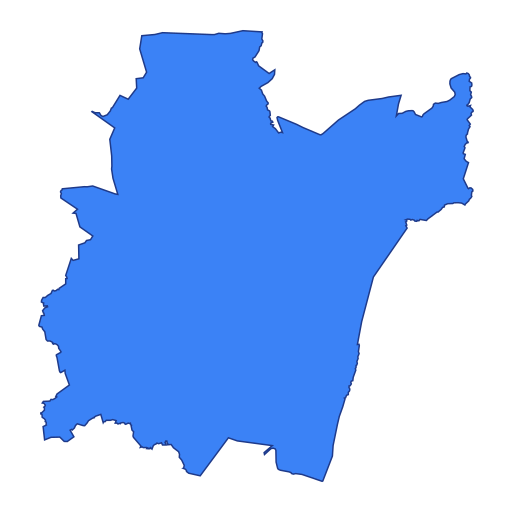 Xichú, Guanajuato, Mexico
{"feature_id": "50627088B76027952384475", "entity_name": "Xichú", "entity_type": "district", "adm_level": 2, "iso_a3": "MEX", "parent_name": "Mexico", "parent_adm1": "Guanajuato", "projection": "robinson", "projection_center": [-99.986, 21.356], "detail": "fine", "context": "isolated", "style": "filled", "palette": "blue", "viewbox_px": 512, "rotation_deg": 0, "n_neighbors": 0, "source": "geoboundaries", "source_scale": "gbopen_adm2", "svg_char_len": 5909}
<svg xmlns="http://www.w3.org/2000/svg" viewBox="0 0 512 512"><path d="M466.8,73.0L465.9,73.9L463.1,73.6L459.2,74.6L451.2,78.7L450.6,79.5L450.0,81.1L449.9,83.9L451.1,88.0L454.7,92.1L455.2,94.5L454.3,96.6L449.8,100.1L447.0,101.5L441.3,102.5L438.3,103.4L435.3,103.1L434.5,103.6L433.5,104.3L433.2,106.2L431.9,108.1L424.0,113.8L423.0,114.9L422.3,116.6L421.5,116.9L415.5,114.5L414.1,111.8L413.1,110.8L412.1,110.6L408.3,110.8L405.8,111.4L402.2,113.3L398.6,113.5L396.3,116.0L398.5,103.9L401.1,95.3L388.5,97.0L382.1,98.5L368.2,100.3L364.6,101.4L359.5,105.1L355.3,108.8L338.5,120.0L323.0,133.6L321.0,134.8L320.1,134.8L302.9,127.5L296.7,124.4L278.5,116.8L277.7,116.8L277.0,117.6L277.7,120.5L282.5,132.6L281.0,132.2L278.6,132.9L275.4,128.7L272.6,126.6L273.6,125.0L270.7,124.4L270.6,123.6L271.0,122.9L272.8,122.2L272.4,121.2L270.8,120.8L270.1,118.1L269.1,117.2L269.2,116.5L270.3,115.4L269.9,111.7L269.5,110.9L267.5,109.8L267.1,107.4L266.2,106.2L266.5,105.2L268.0,104.0L268.2,103.0L266.6,101.0L264.6,96.2L262.7,93.9L261.4,90.1L259.2,88.2L261.1,86.4L267.9,82.6L272.2,78.7L274.5,74.4L274.8,69.8L269.1,73.5L258.6,65.8L257.0,62.2L256.3,61.8L255.6,62.4L253.6,61.0L252.6,59.7L253.0,58.1L255.0,57.0L259.0,50.7L259.7,46.9L261.2,45.7L261.8,43.0L262.7,42.4L262.9,40.9L261.8,39.0L262.5,33.7L261.9,32.7L262.1,31.9L242.9,30.7L230.4,33.4L225.2,33.8L218.8,33.3L214.4,34.6L211.6,34.6L162.5,32.7L154.9,34.5L141.8,35.7L139.7,48.9L146.6,72.2L143.2,77.8L136.2,78.7L136.7,88.1L128.2,99.2L120.0,95.4L112.4,107.7L111.4,108.1L110.3,111.0L107.2,114.8L102.9,116.5L100.9,115.4L99.4,112.8L95.0,112.7L92.2,111.4L91.9,111.7L114.7,127.9L109.8,139.3L111.7,156.0L111.9,166.1L111.6,169.0L113.0,178.3L117.8,194.4L115.1,193.9L92.7,186.0L87.1,186.8L84.3,186.7L62.3,188.8L62.0,190.0L61.1,190.5L60.5,191.9L61.4,193.6L60.7,195.8L60.9,198.0L77.5,209.2L73.1,213.1L76.0,213.4L79.9,226.9L92.8,236.0L90.5,239.7L86.5,240.5L84.9,242.8L78.6,245.0L78.9,258.8L73.1,260.4L71.3,258.4L65.7,275.5L66.8,277.1L67.1,278.5L65.7,278.7L65.7,283.9L59.2,288.3L58.8,289.6L57.6,289.3L56.1,290.6L54.3,291.0L53.2,290.2L52.4,290.4L51.0,293.5L47.7,295.4L45.3,297.5L43.1,297.5L41.6,300.2L41.4,302.0L43.7,303.1L43.4,303.6L43.8,306.1L47.3,305.8L47.6,306.8L44.8,307.9L42.6,310.7L43.4,312.9L43.8,313.1L44.3,315.4L41.4,315.7L38.8,325.3L39.4,326.4L42.0,327.1L42.6,329.0L44.8,331.8L46.1,339.5L47.5,341.0L50.0,341.0L51.6,341.8L52.8,342.7L52.6,343.6L53.7,344.2L54.3,343.7L55.7,343.9L57.3,344.8L58.5,346.3L58.7,348.3L61.0,351.7L60.7,352.4L56.4,354.8L56.3,355.7L57.0,357.5L59.4,370.7L59.9,372.0L60.7,372.6L64.9,370.2L65.2,373.4L69.4,385.0L57.0,394.0L55.9,396.3L56.4,396.3L56.8,396.9L54.9,398.5L52.8,399.6L51.0,399.4L49.8,401.1L43.4,401.4L42.3,403.0L43.9,403.3L45.3,405.1L45.1,405.9L43.8,407.2L44.4,407.7L44.4,410.2L41.5,412.9L40.9,412.9L40.8,413.9L41.7,414.1L42.0,414.6L42.2,417.3L44.3,418.7L45.5,420.2L45.2,421.6L46.1,422.1L46.3,422.9L46.1,424.4L46.4,425.0L43.1,426.6L44.6,439.9L51.0,437.3L59.8,437.1L64.2,441.4L67.3,441.5L73.9,436.8L70.1,430.2L71.5,429.4L72.3,430.0L74.4,428.0L75.5,425.5L77.3,423.8L83.2,425.6L84.7,425.7L87.0,423.1L88.5,420.7L92.5,418.2L94.2,417.7L94.1,417.3L95.8,416.1L100.8,414.4L103.2,422.7L103.7,421.8L105.2,421.6L106.2,420.3L110.4,420.3L112.7,419.6L116.2,420.6L115.2,423.1L116.9,423.1L118.0,424.0L119.5,423.4L120.3,423.7L120.8,422.9L123.1,422.5L124.6,423.1L125.0,424.0L125.7,424.3L128.2,423.1L129.5,423.5L130.4,423.2L130.6,424.8L131.5,425.3L131.2,426.2L132.0,430.1L133.6,431.7L133.0,436.0L133.5,437.4L140.9,446.0L140.3,447.4L142.2,446.9L143.2,447.6L146.4,447.5L147.3,447.8L146.8,448.6L149.1,448.8L149.2,448.2L150.7,448.5L150.8,447.9L152.0,449.1L153.2,445.9L154.4,444.6L155.9,444.1L156.9,443.1L158.7,443.7L161.5,442.8L162.5,445.0L165.9,445.0L165.7,443.5L165.0,442.6L165.8,441.0L166.9,441.1L167.1,442.8L167.8,443.8L167.3,444.8L171.2,444.5L173.4,447.7L178.6,451.7L179.5,454.2L179.3,457.3L181.7,460.1L184.2,465.3L183.7,468.1L183.2,468.3L185.5,469.3L186.5,470.7L186.5,471.5L188.7,473.2L200.2,475.8L228.4,437.8L237.3,440.9L272.3,445.6L264.1,452.6L264.5,454.5L271.0,448.6L273.2,448.2L275.2,448.9L275.9,450.3L276.1,462.1L277.6,468.2L278.3,469.3L280.3,470.2L289.2,471.9L291.0,472.6L291.5,473.5L293.3,474.1L295.7,473.6L301.9,474.4L322.1,481.3L322.8,481.0L332.4,456.1L333.1,445.5L337.4,424.5L339.3,416.4L342.7,406.9L345.0,399.0L344.4,398.1L345.6,397.7L346.5,395.3L348.3,394.6L348.3,392.3L349.4,391.1L349.8,389.9L349.6,388.3L349.0,387.7L349.1,385.9L350.0,385.8L351.0,384.5L351.3,383.8L350.8,382.4L351.3,381.1L352.8,380.7L353.2,377.3L355.8,370.1L355.3,368.6L356.0,367.7L356.1,365.4L356.7,365.1L357.3,363.5L356.9,361.4L358.1,358.5L357.8,356.8L359.1,353.6L358.4,351.6L359.3,345.6L359.0,344.3L357.4,344.5L361.7,321.5L373.4,277.0L407.1,228.1L405.8,225.7L406.8,225.1L405.6,221.9L406.6,221.5L406.8,220.1L405.8,219.8L407.5,219.1L410.0,219.3L410.8,220.1L412.3,219.5L414.3,220.2L414.7,221.0L416.2,221.3L416.9,221.2L417.1,220.4L418.9,220.8L420.0,219.4L426.4,220.5L428.0,218.8L437.1,212.0L438.0,212.1L441.2,209.4L442.6,207.4L444.3,206.9L444.5,205.1L447.7,203.7L452.8,203.5L453.9,202.8L458.3,202.7L461.7,203.1L464.9,205.0L465.4,204.0L468.8,200.8L469.4,199.2L470.4,198.5L471.8,196.5L471.4,195.3L471.7,192.6L472.0,191.6L472.9,191.0L472.7,189.4L471.0,187.9L469.6,187.9L468.6,188.7L468.0,188.3L463.3,178.8L468.5,162.6L466.3,161.4L464.1,158.8L465.3,154.4L463.4,153.7L463.1,152.9L465.0,147.8L464.2,146.5L465.2,144.4L466.8,142.8L467.8,142.9L468.2,142.2L467.2,141.3L465.9,137.0L466.2,135.2L467.5,133.9L467.4,133.3L468.5,129.1L470.0,126.7L469.2,125.6L470.3,124.1L467.1,119.7L467.4,118.9L471.5,115.1L471.0,113.5L471.8,112.2L473.0,111.5L473.2,110.9L472.7,109.5L470.0,106.9L470.5,105.5L468.0,106.3L466.9,105.7L466.9,105.1L467.7,104.7L469.2,102.6L470.2,99.0L471.7,97.6L471.5,96.2L470.6,94.8L471.3,92.1L469.9,90.7L469.9,89.0L470.1,86.8L471.5,86.4L471.9,85.0L471.7,83.0L469.2,81.3L469.5,79.1L470.5,78.0L470.5,77.3L469.6,76.6L469.3,74.9L468.3,73.6L466.8,73.0Z" fill="#3b82f6" stroke="#1e3a8a" stroke-width="1.5"/></svg>